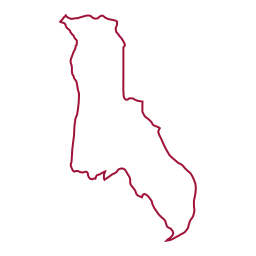 the district of Mpassa, Haut-Ogooué, Gabon
{"feature_id": "22940354B37639469829308", "entity_name": "Mpassa", "entity_type": "district", "adm_level": 2, "iso_a3": "GAB", "parent_name": "Gabon", "parent_adm1": "Haut-Ogooué", "projection": "mercator", "projection_center": [13.612, -1.737], "detail": "fine", "context": "isolated", "style": "outline", "palette": "rose", "viewbox_px": 256, "rotation_deg": 0, "n_neighbors": 0, "source": "geoboundaries", "source_scale": "gbopen_adm2", "svg_char_len": 3138}
<svg xmlns="http://www.w3.org/2000/svg" viewBox="0 0 256 256"><path d="M60.2,21.7L61.0,22.2L62.8,22.7L64.1,23.1L65.2,24.1L65.8,25.9L66.6,27.5L67.9,28.8L69.3,29.9L70.2,30.9L70.3,31.9L71.8,33.9L73.5,35.6L74.2,37.2L75.0,38.6L76.1,39.5L76.8,40.5L76.9,42.7L76.6,45.0L75.7,45.8L75.7,46.9L75.1,49.1L74.1,50.9L73.3,52.6L72.4,55.2L71.6,57.2L71.0,58.8L70.6,60.9L70.7,62.9L71.6,65.3L71.9,67.7L71.9,71.1L72.1,73.2L72.6,74.6L73.5,76.0L74.1,78.2L74.8,79.2L75.5,80.1L76.2,81.2L76.9,83.5L77.8,89.3L78.5,91.8L79.0,93.6L79.0,95.7L78.7,102.5L77.9,109.5L77.2,113.9L76.5,116.2L75.5,118.5L75.1,121.0L74.6,124.9L74.3,128.6L74.1,134.0L73.9,136.5L73.4,140.1L72.3,149.4L71.8,157.9L71.5,162.0L70.9,163.7L70.7,165.3L71.4,167.4L72.3,169.5L73.2,171.0L74.4,171.6L75.9,171.0L77.9,171.1L79.4,171.7L80.9,172.3L82.9,172.5L85.4,171.7L86.7,171.9L87.8,173.2L88.0,175.1L88.8,177.2L90.1,178.7L91.9,179.3L93.9,178.5L95.4,178.7L95.7,177.7L96.3,176.1L97.0,175.2L98.2,174.8L99.7,174.4L100.8,173.7L102.2,172.8L105.1,171.5L104.7,172.8L104.0,174.5L103.9,176.2L104.0,178.8L104.5,179.8L107.2,177.9L110.0,176.0L112.0,174.5L114.5,173.3L116.6,172.0L117.7,170.3L118.6,169.4L120.5,168.6L122.7,168.5L124.6,169.4L125.6,170.6L126.7,172.4L128.0,174.7L129.1,176.3L130.1,178.6L130.2,180.6L130.1,182.4L130.7,184.7L132.1,186.5L133.4,188.3L134.6,189.6L135.5,191.4L136.2,193.5L137.1,194.9L138.4,195.8L141.9,197.3L142.9,194.7L144.6,193.9L147.1,195.3L148.9,197.2L151.7,201.1L152.4,204.1L154.2,207.9L156.1,210.7L158.9,214.7L161.6,217.3L164.3,219.6L165.4,221.4L166.6,225.6L167.4,226.9L169.4,228.1L171.0,228.9L172.7,231.2L173.3,233.4L172.3,235.7L170.0,238.0L167.7,239.5L166.6,240.6L169.3,240.2L172.1,239.3L173.6,238.5L175.6,237.3L177.1,236.5L178.9,235.6L181.0,234.2L182.7,233.5L184.6,232.3L185.9,230.9L188.1,227.8L188.6,225.3L189.5,222.4L190.0,220.9L190.8,219.6L191.9,218.1L192.6,217.2L193.5,215.0L193.9,213.3L194.3,211.2L194.4,209.1L194.0,207.3L193.9,204.4L193.9,201.2L194.4,198.5L195.0,195.8L195.6,191.8L195.8,187.9L195.4,183.9L194.3,180.7L192.9,177.4L191.5,174.8L190.1,172.8L187.9,171.1L185.0,168.3L183.0,165.9L182.1,164.9L179.8,163.7L177.8,162.6L174.7,159.9L172.4,158.0L169.5,155.2L168.1,152.8L166.2,149.5L163.8,144.7L162.2,141.1L160.8,138.0L159.5,135.5L158.2,131.9L158.7,130.1L159.8,128.2L158.1,127.1L155.6,126.1L153.7,125.4L152.5,124.1L151.6,122.3L150.0,120.6L148.6,119.3L147.0,118.0L145.2,116.7L144.0,115.0L142.4,111.7L142.4,105.8L142.5,101.6L141.0,101.3L138.7,101.0L137.1,100.6L135.1,99.8L133.3,98.7L132.0,98.3L130.4,98.3L129.2,98.4L128.3,99.1L127.5,99.7L125.9,99.6L124.7,98.7L123.7,96.5L123.3,89.3L123.4,67.9L123.4,47.6L123.9,46.6L124.8,45.7L124.8,44.3L123.9,42.4L122.3,39.5L121.4,38.2L119.6,36.2L118.1,34.0L116.3,32.1L115.9,30.3L115.6,28.0L116.5,26.3L117.0,24.7L117.0,21.5L115.9,20.8L113.7,20.1L110.4,19.5L108.5,19.1L106.7,18.4L105.3,17.7L103.9,16.5L102.6,15.6L101.1,15.8L99.2,16.9L98.4,17.7L97.6,18.4L95.9,18.6L94.3,18.5L92.2,17.4L91.0,16.2L89.2,15.5L86.9,15.5L84.2,16.2L81.6,17.0L79.6,17.5L77.8,18.2L76.5,18.2L74.4,18.4L72.9,18.7L71.3,18.9L70.1,18.5L68.8,18.0L67.5,17.2L66.4,16.6L65.8,15.4L64.6,16.8L63.5,17.7L62.5,19.3L60.9,21.0L60.2,21.7Z" fill="none" stroke="#9f1239" stroke-width="2"/></svg>